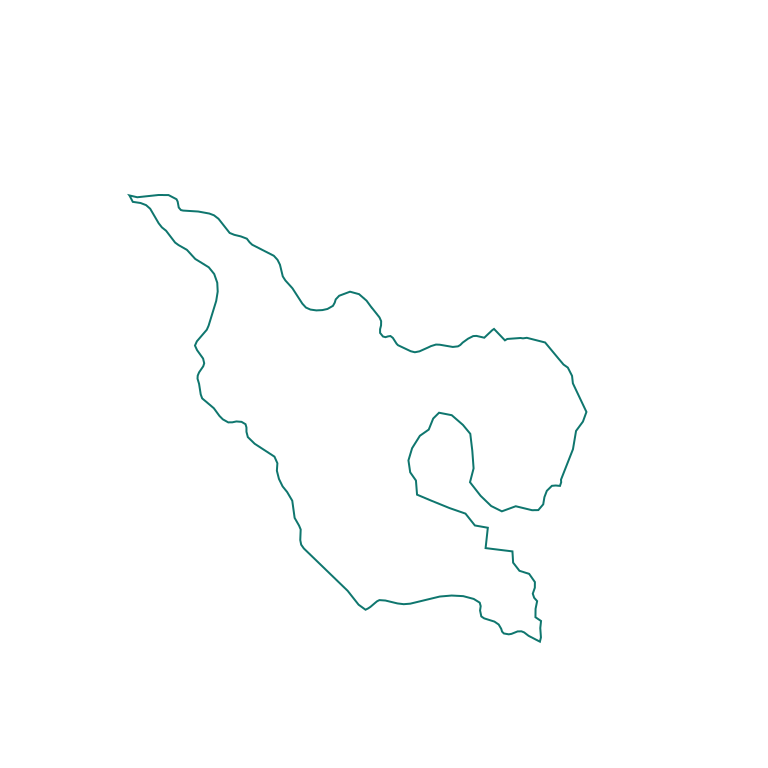 the County of Borsod-Abaúj-Zemplén, rotated 235°
{"feature_id": "HUN-3168", "entity_name": "Borsod-Abaúj-Zemplén", "entity_type": "County", "adm_level": 1, "iso_a3": "HUN", "parent_name": "Hungary", "parent_adm1": "", "projection": "robinson", "projection_center": [21.025, 48.121], "detail": "fine", "context": "isolated", "style": "outline", "palette": "teal", "viewbox_px": 768, "rotation_deg": 235, "n_neighbors": 0, "source": "natural_earth", "source_scale": "10m", "svg_char_len": 2873}
<svg xmlns="http://www.w3.org/2000/svg" viewBox="0 0 768 768"><g transform="rotate(235 384 384)"><path d="M299.9,224.0L304.2,225.9L312.6,232.3L316.7,233.2L325.6,234.0L341.0,241.9L351.1,242.7L358.2,242.2L366.5,243.5L374.4,246.5L380.2,251.2L387.3,252.6L409.2,243.8L418.6,242.0L423.7,243.9L427.3,246.4L430.5,247.5L434.7,245.6L438.0,241.6L439.6,237.8L441.9,234.4L447.5,231.7L452.2,230.9L461.8,230.7L476.5,226.8L480.6,227.9L490.2,232.6L495.3,234.3L497.7,236.2L499.6,239.2L502.2,246.1L504.1,248.6L508.6,250.4L519.0,250.3L523.9,251.2L526.3,255.2L530.1,270.0L532.4,273.8L548.3,294.2L555.1,300.8L562.6,305.5L571.5,308.0L580.1,307.4L594.7,301.1L606.9,299.5L615.6,295.4L619.7,294.0L634.5,293.4L639.7,291.9L644.8,291.6L661.7,293.0L667.0,291.7L671.9,288.4L677.3,282.7L684.0,283.6L684.5,283.6L678.5,289.0L668.1,307.8L662.3,315.9L654.4,320.0L651.8,319.6L646.3,317.1L643.0,317.4L641.3,318.9L631.8,330.8L623.8,338.7L619.7,341.5L614.2,343.2L596.3,344.2L592.1,346.9L587.0,351.4L581.7,355.0L577.2,355.2L573.7,355.9L552.2,367.3L546.8,368.0L541.4,367.2L530.2,362.8L525.4,362.6L514.9,363.9L496.7,363.2L491.4,363.9L487.2,366.4L483.1,370.8L479.9,375.9L477.9,380.7L477.3,387.0L478.9,390.3L481.0,393.0L482.0,397.9L479.1,409.1L471.9,415.1L462.3,417.5L452.6,417.7L454.7,417.7L441.1,418.5L437.1,417.7L433.7,415.2L431.1,412.2L428.1,410.1L423.5,410.4L421.5,412.1L420.7,414.6L419.6,416.8L416.7,417.7L409.8,417.4L407.8,417.7L395.5,424.7L392.3,427.5L390.4,431.8L388.6,441.2L388.1,444.2L386.5,449.2L384.2,452.2L374.9,461.6L372.4,466.2L372.2,468.9L372.8,472.2L372.9,478.9L372.1,484.5L370.4,487.3L364.4,492.7L366.0,503.5L366.0,505.7L350.4,508.1L350.2,510.8L343.4,522.2L341.7,524.0L339.9,527.5L325.6,539.8L304.9,541.5L297.0,542.2L292.0,544.0L282.8,542.7L276.2,539.1L245.0,533.8L239.1,525.4L235.4,514.4L222.2,501.4L204.1,474.1L201.9,472.8L199.6,469.7L202.4,466.4L204.3,463.1L203.1,456.1L199.3,450.5L194.1,445.4L192.2,438.1L195.7,432.9L208.3,421.8L212.1,407.5L222.6,401.8L237.0,399.0L254.2,398.1L263.5,409.0L278.6,418.0L293.7,426.1L305.2,425.2L319.6,421.6L328.9,412.6L327.5,404.5L321.0,394.5L321.0,383.7L315.3,370.2L307.4,360.2L296.6,354.8L286.6,354.8L274.4,347.6L261.5,355.7L244.8,366.5L231.1,376.4L216.0,377.3L206.7,386.6L191.3,373.1L173.2,393.2L163.6,387.3L153.3,387.8L145.2,394.0L135.2,394.0L130.6,390.7L126.9,385.6L122.8,384.4L118.3,384.9L112.9,379.2L106.1,374.3L99.8,376.7L94.4,372.0L86.4,367.2L83.5,363.9L94.8,358.0L100.2,356.3L102.6,354.7L104.7,351.5L106.2,345.1L107.4,342.6L110.9,339.1L113.4,338.7L116.3,339.6L121.2,340.0L126.0,338.2L134.6,331.6L137.8,330.4L143.4,332.8L146.6,335.8L150.0,337.0L156.5,334.2L164.8,327.2L171.9,318.1L177.9,307.8L189.0,279.5L192.3,273.9L196.5,269.2L205.1,261.6L205.8,261.0L209.6,256.3L209.8,255.0L210.0,253.7L209.9,252.5L209.8,251.2L209.2,245.0L209.3,242.1L209.7,239.4L217.8,236.6L235.4,235.6L295.3,224.0L299.9,224.0Z" fill="none" stroke="#0f766e" stroke-width="2"/></g></svg>